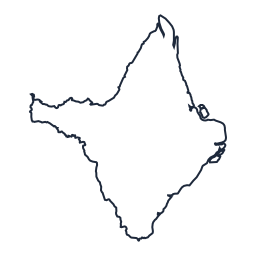 Amapá, orthographic projection
{"feature_id": "BRA-681", "entity_name": "Amapá", "entity_type": "State", "adm_level": 1, "iso_a3": "BRA", "parent_name": "Brazil", "parent_adm1": "", "projection": "orthographic", "projection_center": [-52.454, 1.611], "detail": "fine", "context": "isolated", "style": "outline", "palette": "slate", "viewbox_px": 256, "rotation_deg": 0, "n_neighbors": 0, "source": "natural_earth", "source_scale": "10m", "svg_char_len": 5854}
<svg xmlns="http://www.w3.org/2000/svg" viewBox="0 0 256 256"><path d="M32.2,93.9L33.8,94.7L34.1,96.4L34.1,96.6L33.6,96.7L33.3,97.5L33.8,99.5L35.0,99.9L37.3,99.5L38.4,99.6L39.3,99.9L40.8,101.2L39.9,101.3L40.1,101.8L42.8,104.0L44.5,104.1L45.8,104.6L46.9,104.7L48.4,106.0L49.3,106.3L51.3,106.6L54.3,106.1L55.5,107.6L56.4,108.1L57.3,107.9L57.9,107.4L58.7,105.2L59.8,105.0L60.7,105.4L61.5,104.8L63.2,104.2L63.9,103.7L64.4,101.8L65.7,102.0L67.1,100.4L68.5,100.1L69.7,98.4L71.1,97.8L71.8,98.0L72.2,98.6L71.8,99.8L72.0,100.2L73.2,100.3L75.9,101.4L78.5,101.7L80.4,102.7L83.2,102.2L84.6,101.1L86.5,100.3L87.9,98.6L88.7,99.0L89.7,100.4L92.2,102.5L92.2,102.9L90.7,103.8L90.4,104.3L90.9,104.7L97.0,103.8L97.9,104.1L99.1,105.1L102.3,105.6L103.2,105.5L104.0,104.7L104.8,104.7L105.5,104.0L106.3,102.1L107.0,101.6L108.7,100.9L113.9,97.7L115.2,95.4L116.7,94.1L117.8,92.4L119.3,89.7L119.4,89.2L118.4,87.3L119.7,86.6L120.1,85.1L123.2,78.1L123.8,77.4L125.0,76.8L124.5,75.6L127.3,70.1L127.0,68.4L127.2,66.7L128.6,65.6L129.4,63.7L130.2,63.1L131.3,63.0L132.3,62.4L137.6,53.5L137.6,52.5L138.4,52.1L140.8,48.1L141.8,44.7L142.4,44.0L143.3,43.8L143.7,43.5L143.7,41.9L145.3,41.0L147.8,38.2L149.0,36.2L149.9,33.7L150.9,32.8L153.9,31.3L155.1,31.0L155.9,30.2L157.3,26.6L157.3,24.3L157.8,23.6L158.3,23.5L158.8,24.0L159.6,27.0L160.7,29.7L163.1,34.1L163.7,35.7L164.0,34.6L163.7,33.5L161.2,28.7L159.3,22.8L158.8,18.2L159.2,16.1L160.5,15.4L165.5,18.6L169.2,22.6L172.1,26.3L173.6,29.8L173.9,31.9L173.9,40.7L173.2,44.9L174.0,46.9L174.9,43.3L175.1,39.8L175.6,38.2L176.4,36.6L177.3,36.6L177.8,37.6L177.5,43.8L177.9,53.1L177.2,54.8L177.4,57.7L179.6,63.6L180.0,65.5L179.5,66.7L180.5,69.8L180.3,70.4L180.4,71.3L180.9,71.8L181.9,75.1L183.3,77.7L183.1,78.7L183.3,79.8L185.0,80.9L186.1,83.5L186.4,85.3L187.0,86.0L188.3,90.5L188.2,91.5L187.6,92.0L187.5,92.7L188.1,93.0L188.8,92.4L189.4,92.8L190.5,94.8L190.6,95.8L191.3,97.4L191.7,100.0L192.2,100.8L192.5,103.1L193.6,104.6L193.9,105.6L192.9,106.9L191.6,107.1L190.4,106.8L189.4,106.0L189.6,106.9L190.5,107.6L189.9,109.7L190.6,110.7L191.0,110.7L191.2,110.4L191.3,109.1L191.7,108.4L193.0,107.3L194.6,107.3L196.2,108.3L197.0,109.5L197.4,111.8L198.6,113.9L200.1,116.0L200.6,118.2L201.4,119.1L202.3,119.8L203.7,120.3L205.3,120.5L206.9,120.2L207.8,119.7L210.6,120.1L213.6,119.7L214.4,119.8L215.4,120.5L220.7,122.3L222.9,123.5L224.0,124.8L224.5,125.8L224.9,127.9L224.9,130.0L225.9,136.6L226.0,137.9L225.6,140.0L224.4,141.4L221.9,142.5L216.9,143.7L215.3,143.3L215.0,143.5L215.1,144.1L215.4,144.6L216.1,144.9L217.0,144.5L218.2,144.8L219.9,144.4L221.9,144.4L223.1,143.6L224.0,143.6L224.7,144.0L225.3,144.9L225.3,145.7L224.6,147.0L223.4,148.4L221.8,149.4L220.4,149.5L219.7,148.1L218.5,151.5L216.7,152.5L215.3,154.6L214.2,155.6L210.5,157.5L208.5,159.6L206.9,163.2L202.9,165.7L202.4,166.4L201.1,170.0L196.7,177.2L193.3,180.7L189.5,185.4L187.0,185.2L184.0,185.9L182.0,187.3L180.5,189.3L177.9,193.4L177.3,193.6L174.8,193.7L173.1,194.1L172.6,194.9L170.6,195.4L168.1,195.3L168.1,195.5L168.5,195.7L169.9,196.2L170.6,197.2L171.2,197.2L168.3,200.7L167.7,202.5L167.0,203.7L166.4,205.8L165.2,207.6L163.5,209.2L163.4,210.9L163.1,211.5L161.8,212.7L160.4,213.5L158.1,213.0L158.1,213.3L159.1,213.5L159.1,213.8L157.8,214.1L157.8,214.4L158.8,214.4L159.4,213.8L160.0,214.1L158.1,216.2L156.1,219.0L155.0,219.8L153.4,221.9L152.7,223.7L152.3,227.1L152.9,231.1L152.8,232.4L152.5,233.2L149.3,235.6L147.9,237.3L145.0,238.2L144.2,237.7L143.3,238.1L142.1,237.5L141.4,238.5L140.1,238.5L139.3,238.9L139.1,240.4L138.6,240.6L138.2,240.3L137.6,238.9L136.7,238.2L136.1,238.0L131.5,237.6L130.6,237.2L128.7,235.3L126.9,234.6L126.4,233.2L126.4,232.0L125.8,230.5L126.7,228.9L126.2,227.4L125.5,226.7L124.6,226.4L121.5,227.2L120.7,227.0L120.7,226.1L121.0,225.1L120.7,223.9L121.2,221.8L120.5,219.6L120.4,217.9L119.4,216.9L117.3,216.5L116.2,214.3L116.0,212.9L116.4,211.1L116.2,207.6L114.5,206.3L113.5,204.3L110.1,200.8L109.8,200.1L109.0,199.3L108.4,199.3L106.6,200.2L104.9,199.8L102.6,192.8L101.9,192.1L101.0,190.3L101.2,186.7L100.3,184.3L99.9,182.3L98.2,180.6L96.4,176.7L96.3,172.9L95.9,171.2L96.4,167.4L97.1,165.0L96.9,162.8L96.3,162.2L92.7,161.6L90.3,160.7L89.0,159.4L87.6,156.9L85.0,154.6L84.6,152.4L84.2,151.7L84.4,150.6L83.2,148.3L83.0,147.2L83.0,146.1L83.2,145.6L85.0,145.2L85.3,144.8L84.3,142.1L83.1,141.8L79.9,142.6L79.7,142.1L80.0,140.9L79.0,139.4L79.7,138.5L79.6,137.9L77.5,137.4L75.4,137.8L75.1,136.9L75.2,135.6L75.0,135.3L74.6,135.4L74.0,135.9L73.6,135.9L72.8,135.6L73.1,135.1L72.5,134.9L72.1,135.0L72.0,135.9L71.5,136.6L68.7,135.8L68.7,136.8L67.5,137.0L67.4,136.4L66.2,136.3L66.1,135.4L64.8,134.6L64.7,133.8L62.8,132.5L61.9,131.5L61.3,131.5L60.4,132.2L58.7,132.2L58.3,131.9L58.3,130.5L57.2,129.0L57.6,128.0L56.4,127.9L55.9,127.0L54.9,126.1L54.4,126.0L54.0,126.4L50.0,123.4L47.4,122.0L46.6,122.4L45.2,121.9L42.0,122.5L41.2,122.0L38.4,121.1L34.4,121.9L33.5,121.5L32.5,121.5L31.8,120.2L31.3,116.9L31.4,113.3L31.1,112.5L30.2,112.1L30.0,111.7L30.3,111.1L31.6,110.1L31.8,109.5L31.5,108.3L30.5,107.3L30.6,105.8L31.0,105.2L31.5,105.2L31.9,104.9L32.7,102.9L33.3,101.9L32.6,97.8L32.6,96.0L31.0,94.3L32.2,93.9ZM202.8,108.1L205.0,107.9L206.7,110.1L206.8,111.1L208.4,113.7L208.5,114.6L207.4,115.9L205.9,117.3L204.2,117.9L202.7,117.2L201.9,114.8L201.2,113.8L201.1,113.1L200.1,112.4L200.8,108.7L202.2,108.6L202.8,108.1ZM216.8,162.0L210.0,162.4L209.7,161.5L210.0,159.9L212.0,157.9L214.6,156.8L215.7,155.7L216.5,155.5L217.5,155.6L218.6,156.2L219.9,156.1L220.3,156.6L219.0,159.4L217.9,160.3L217.6,161.1L216.8,162.0ZM218.4,155.3L218.1,155.0L217.0,154.7L216.9,153.9L218.0,153.2L219.0,152.8L219.7,151.7L220.3,151.3L222.2,150.6L223.0,149.8L223.9,149.5L224.3,150.0L222.4,153.3L220.6,154.6L218.4,155.3ZM200.0,107.0L198.9,106.3L200.5,105.0L202.5,105.0L203.8,105.9L204.3,106.7L204.4,107.4L204.0,107.7L202.7,107.7L202.1,108.2L201.1,108.2L200.2,107.9L200.0,107.0Z" fill="none" stroke="#1e293b" stroke-width="2"/></svg>